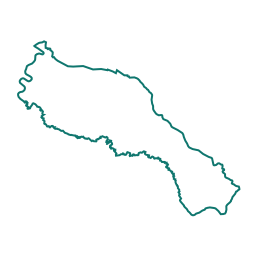 Andalucía, Valle del Cauca, Colombia, rotated 357°
{"feature_id": "7082276B16460113853729", "entity_name": "Andalucía", "entity_type": "district", "adm_level": 2, "iso_a3": "COL", "parent_name": "Colombia", "parent_adm1": "Valle del Cauca", "projection": "albers", "projection_center": [-76.175, 4.142], "detail": "fine", "context": "isolated", "style": "outline", "palette": "teal", "viewbox_px": 256, "rotation_deg": 357, "n_neighbors": 0, "source": "geoboundaries", "source_scale": "gbopen_adm2", "svg_char_len": 5841}
<svg xmlns="http://www.w3.org/2000/svg" viewBox="0 0 256 256"><g transform="rotate(357 128 128)"><path d="M235.6,192.3L233.0,191.6L231.6,190.6L230.9,189.9L229.2,189.2L228.8,188.6L229.5,187.0L229.4,186.1L229.0,185.7L227.8,185.4L226.0,184.0L223.3,182.7L222.6,182.0L222.4,181.1L222.5,179.2L221.7,178.3L220.7,177.6L220.2,176.6L220.5,175.9L221.7,175.2L221.8,174.5L221.5,174.0L220.7,173.9L220.0,173.4L220.5,170.8L220.2,169.6L219.1,169.4L217.3,168.1L216.8,168.0L215.7,168.2L214.3,169.4L213.7,169.6L212.1,169.8L211.6,169.5L211.4,169.0L210.4,163.0L209.9,162.2L207.1,161.1L201.7,157.9L197.3,154.0L191.4,152.4L188.1,150.6L187.1,149.2L186.2,146.6L184.6,143.7L183.3,139.9L182.8,137.4L182.0,135.9L177.5,132.6L172.8,129.9L171.6,129.0L170.4,125.9L167.8,122.9L163.8,121.0L162.9,119.1L162.9,117.6L162.5,116.9L161.5,116.8L159.4,116.9L157.6,115.9L156.7,115.1L154.6,111.8L154.1,110.4L154.2,107.3L153.4,104.9L153.1,101.9L153.0,101.0L153.8,97.0L153.8,96.1L153.4,95.3L152.5,94.1L151.3,93.3L150.0,90.9L149.2,90.5L148.2,89.1L146.3,87.6L145.4,85.5L144.2,84.0L142.8,82.6L142.0,81.2L140.6,79.6L139.4,78.8L137.0,77.8L132.3,77.8L131.8,77.3L131.7,76.6L130.3,76.3L130.2,75.4L127.1,75.2L120.0,69.7L118.8,72.6L115.7,70.7L110.8,68.6L110.5,69.2L104.3,67.7L96.1,67.7L86.5,63.8L76.4,63.8L71.2,63.2L61.3,57.2L59.1,55.3L57.7,53.3L56.8,53.5L56.0,52.5L56.6,50.4L56.8,48.5L55.4,46.8L54.5,46.2L54.6,45.1L54.4,44.7L53.5,44.5L52.2,45.1L51.9,44.9L52.0,44.2L50.0,43.7L50.0,41.0L50.6,38.1L48.7,37.1L46.9,38.0L44.4,38.2L43.3,38.5L40.7,39.9L38.8,41.2L39.6,42.0L42.4,43.9L47.3,47.8L47.6,48.3L47.6,49.2L46.9,49.9L46.2,50.0L43.7,49.1L42.9,49.0L40.9,49.5L39.7,50.3L39.3,51.0L38.9,54.5L38.6,55.5L37.5,56.9L35.6,58.6L32.0,59.9L30.3,61.0L29.3,63.9L28.6,65.2L28.3,66.3L28.4,67.8L29.2,69.0L33.1,71.4L34.0,72.2L34.5,73.1L34.3,74.4L33.0,75.7L31.5,76.2L30.9,76.1L29.8,75.5L26.9,73.3L26.0,72.9L25.3,72.9L24.1,73.3L23.1,74.2L22.4,75.3L22.3,76.2L22.6,77.3L26.5,80.9L27.1,81.9L27.1,83.4L26.4,84.9L24.6,86.2L22.2,86.5L20.8,87.2L20.0,88.3L20.0,89.7L20.4,91.2L21.9,93.2L25.3,95.9L26.0,96.9L26.7,96.1L27.3,96.0L27.4,97.0L28.3,96.8L28.3,97.2L29.0,97.6L28.9,97.9L28.2,98.1L28.7,98.9L28.6,99.4L27.7,99.6L27.4,100.1L27.7,100.7L29.7,101.9L29.8,102.2L28.7,103.1L28.8,103.5L29.3,103.6L30.2,103.3L30.9,103.4L31.2,103.2L31.9,101.7L33.5,99.8L34.1,98.6L34.9,98.4L36.8,99.5L37.9,100.9L38.5,102.0L39.0,101.9L39.7,102.4L40.2,102.3L41.3,103.0L42.1,104.6L41.4,105.0L41.3,105.6L41.8,106.1L43.3,106.1L43.9,107.3L43.3,108.5L43.2,109.2L43.9,110.3L44.4,110.4L42.4,111.6L42.4,112.3L42.5,112.6L42.9,112.6L42.9,113.1L42.4,113.2L42.6,113.5L44.3,114.0L44.2,115.0L43.7,115.6L45.0,116.8L44.6,119.2L45.2,119.7L45.7,119.7L46.4,120.3L47.3,122.2L47.7,122.3L48.9,122.0L49.5,122.4L49.7,123.2L50.1,123.3L51.7,122.0L52.8,122.0L53.2,122.3L53.3,123.0L53.7,123.4L54.9,123.4L54.4,124.3L54.9,124.8L56.0,125.1L57.0,124.8L57.5,125.3L58.8,125.6L61.2,127.4L62.9,127.3L64.7,129.5L67.5,130.6L68.2,131.3L69.3,131.6L70.0,132.0L71.0,131.9L71.6,132.2L72.2,132.2L72.9,132.5L75.3,132.8L75.5,133.1L75.2,133.5L75.4,133.8L76.7,133.5L76.9,133.9L76.6,134.9L77.1,135.5L77.7,135.4L78.3,134.4L78.6,134.5L78.8,135.3L79.2,135.4L79.6,135.2L79.6,134.8L79.9,134.4L80.4,134.6L81.4,134.2L82.4,134.6L82.9,134.4L83.4,135.4L84.0,135.6L84.7,136.4L85.7,136.3L86.6,136.8L87.5,136.3L88.2,136.2L91.1,139.2L92.2,138.7L93.1,139.4L95.5,139.7L95.9,139.2L95.8,138.0L97.3,137.4L98.0,137.6L99.1,136.5L100.1,136.6L100.1,135.3L101.3,135.3L102.0,134.9L104.8,136.3L106.2,135.8L107.0,136.6L107.1,138.3L105.8,140.0L105.6,141.1L106.1,141.4L107.1,141.0L107.3,141.3L106.4,142.3L106.3,142.7L106.6,142.7L107.4,142.0L108.4,141.5L108.9,139.4L110.5,139.9L110.3,141.1L111.2,142.4L111.3,143.3L110.8,143.9L109.6,144.4L109.1,144.9L109.0,146.4L109.3,146.7L109.6,146.2L110.0,146.3L110.1,146.6L109.9,147.5L110.1,147.8L111.5,147.4L112.5,147.9L112.8,148.2L112.8,149.4L113.7,149.0L114.2,149.0L114.1,150.0L113.6,150.9L115.1,152.8L114.5,154.1L114.6,155.0L118.2,154.7L119.7,153.8L121.2,153.9L121.7,153.1L122.4,153.5L122.9,154.5L124.3,154.7L124.9,154.3L125.2,153.4L125.9,152.7L126.0,152.2L126.3,152.1L128.8,153.3L128.8,154.4L128.2,155.6L128.4,156.1L130.1,155.7L131.1,156.0L131.4,155.7L131.5,154.8L132.1,154.6L132.8,154.9L133.4,155.7L134.9,155.5L136.5,155.7L137.1,155.3L137.2,154.0L137.6,153.5L139.3,153.0L140.4,153.4L140.9,153.3L142.3,152.2L142.6,152.2L143.4,152.4L144.2,152.9L143.5,154.0L143.6,154.7L144.1,155.3L144.9,155.7L147.6,156.4L147.5,156.9L146.6,157.7L146.7,158.1L147.0,158.4L147.7,158.4L149.1,159.1L150.5,157.9L150.9,157.8L152.0,158.5L152.6,159.9L152.8,160.0L154.4,159.6L155.8,160.0L156.6,159.1L156.8,159.2L157.1,160.3L158.1,160.3L158.6,160.5L158.3,162.1L159.1,162.2L160.1,163.7L162.6,163.8L162.8,164.6L163.7,164.3L164.2,165.0L164.4,165.7L164.7,165.7L165.0,165.3L165.2,165.9L165.8,166.2L166.0,166.7L165.5,167.1L165.4,167.8L164.7,168.0L164.0,168.8L164.1,169.2L164.6,169.6L165.4,169.7L165.8,170.4L166.7,170.3L166.9,170.7L166.3,171.2L166.2,171.9L168.1,172.6L168.8,173.7L169.5,173.7L169.8,174.0L169.4,174.8L169.8,175.6L171.4,176.0L171.4,176.4L170.6,176.7L170.9,178.2L171.5,178.2L171.6,178.4L170.7,179.0L171.4,180.7L171.1,181.2L171.7,181.7L172.5,181.8L172.3,182.4L172.9,183.0L172.6,184.1L172.7,185.1L173.5,187.2L173.9,187.4L174.0,188.3L174.7,188.7L174.7,190.7L175.9,192.3L175.8,193.2L176.1,194.0L175.1,194.8L176.3,196.8L175.6,197.5L175.5,198.2L177.3,201.2L176.2,202.6L176.1,203.1L176.7,204.3L179.9,208.4L179.9,209.0L180.5,209.9L182.5,212.0L183.6,214.2L185.2,215.7L186.8,217.9L188.0,218.5L189.2,218.5L190.4,218.0L191.5,217.1L194.9,216.2L198.0,214.3L200.3,213.6L201.2,212.4L203.1,211.9L205.6,211.6L209.7,212.4L211.2,212.9L213.9,215.6L216.1,218.9L218.6,218.9L220.4,218.5L221.2,217.4L222.0,214.8L222.1,211.2L223.1,209.8L225.9,207.6L227.0,206.4L227.0,205.9L228.1,204.2L228.7,202.5L231.6,199.3L232.6,197.2L233.6,196.9L234.5,196.0L236.0,195.1L236.0,193.9L235.6,192.3Z" fill="none" stroke="#0f766e" stroke-width="2"/></g></svg>